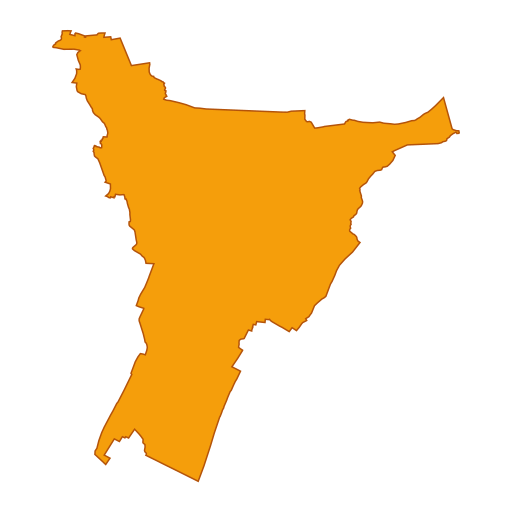 Valea Mare, Dâmbovita, Romania (Robinson projection)
{"feature_id": "2599482B24926147776787", "entity_name": "Valea Mare", "entity_type": "district", "adm_level": 2, "iso_a3": "ROU", "parent_name": "Romania", "parent_adm1": "Dâmbovita", "projection": "robinson", "projection_center": [25.228, 44.784], "detail": "fine", "context": "isolated", "style": "filled", "palette": "amber", "viewbox_px": 512, "rotation_deg": 0, "n_neighbors": 0, "source": "geoboundaries", "source_scale": "gbopen_adm2", "svg_char_len": 5929}
<svg xmlns="http://www.w3.org/2000/svg" viewBox="0 0 512 512"><path d="M443.5,97.6L435.5,105.7L431.5,109.3L428.0,112.2L425.2,113.4L423.5,114.4L420.0,117.3L417.2,118.9L415.7,120.0L414.4,120.5L411.7,120.7L405.6,122.5L398.3,124.0L394.5,124.3L390.7,123.8L383.7,123.2L379.7,122.1L372.7,122.8L363.0,122.3L357.8,121.4L354.4,120.3L352.8,120.2L349.4,119.3L347.8,120.2L348.1,120.7L347.9,120.9L346.1,121.5L345.6,122.0L344.5,124.0L324.3,126.5L323.5,126.8L317.2,127.9L314.7,128.1L311.2,122.2L309.4,121.4L307.6,121.8L306.5,121.5L304.8,119.2L304.9,115.0L304.6,114.0L304.8,110.6L291.2,111.2L287.3,112.2L281.5,112.1L206.2,109.0L199.9,108.2L194.7,107.9L186.1,104.7L179.0,102.7L170.1,100.6L166.5,100.2L163.7,99.2L164.1,98.1L164.7,97.5L166.8,96.3L166.6,95.9L166.1,95.7L166.0,94.5L165.5,94.1L165.3,93.6L165.4,92.9L165.9,91.9L165.8,91.4L165.9,90.8L164.7,90.4L164.6,90.1L164.8,89.4L165.3,88.7L165.5,88.0L165.3,87.3L164.9,86.9L164.5,86.7L164.2,86.2L164.1,85.2L163.8,84.8L163.8,84.1L164.5,83.5L164.5,83.1L163.6,82.8L162.9,81.7L161.5,81.5L161.3,81.0L161.0,80.8L157.8,79.3L157.1,79.1L154.3,77.7L153.9,77.2L153.7,76.4L152.1,76.2L151.0,75.4L149.9,73.8L149.2,71.9L149.1,68.1L149.8,64.4L149.6,62.8L131.4,65.6L120.1,38.1L111.3,39.7L110.7,36.8L103.9,37.3L104.2,35.6L105.0,33.0L104.7,33.0L101.4,33.0L98.7,33.2L98.1,33.5L96.9,34.9L85.8,35.9L85.6,37.2L84.5,37.1L84.6,35.9L78.6,33.7L75.6,33.0L75.0,33.6L74.9,35.7L69.8,34.4L70.4,32.4L71.1,30.9L67.9,30.7L62.4,30.9L62.1,32.1L62.2,34.0L61.1,36.7L61.5,38.1L61.3,39.3L60.4,40.2L58.3,41.0L55.9,42.7L55.5,43.2L55.7,43.8L55.6,44.0L54.0,44.9L53.3,45.8L52.8,46.9L53.3,47.4L56.2,47.7L63.7,49.3L74.1,49.2L79.3,50.1L80.3,50.7L79.6,51.1L77.8,52.6L76.8,54.7L78.3,60.3L80.3,65.0L80.4,67.5L80.2,69.2L78.7,69.4L76.2,69.0L76.6,70.3L76.7,71.7L76.6,73.8L74.9,78.3L72.1,82.5L76.8,83.1L76.3,86.7L77.1,90.7L77.7,91.7L81.2,93.7L85.3,94.6L85.9,95.9L86.3,98.1L87.3,100.8L89.6,104.4L91.6,107.8L92.3,108.5L92.6,110.7L93.4,112.6L95.2,114.7L98.7,117.1L100.1,118.4L102.5,121.8L104.0,123.0L104.8,124.2L105.8,126.7L106.6,127.7L106.8,129.0L107.3,130.1L107.8,132.6L107.7,133.7L107.1,135.6L107.2,136.6L107.0,137.0L103.3,136.8L103.0,137.5L103.0,138.3L102.3,138.9L102.4,139.3L102.3,139.8L101.3,140.1L101.1,140.3L100.9,140.6L101.2,141.5L100.9,141.7L100.2,141.6L100.4,143.5L101.0,143.6L101.6,144.4L101.8,145.8L101.6,147.7L100.8,147.9L99.5,147.5L99.0,147.0L98.2,147.0L96.1,146.5L96.1,146.1L94.7,145.5L94.4,145.6L94.3,146.5L94.0,146.7L93.8,147.4L93.2,148.4L93.6,149.1L93.8,150.2L93.2,151.3L94.0,152.4L94.2,154.5L94.5,156.0L95.5,157.0L97.9,158.8L99.7,162.8L104.1,175.4L105.1,177.0L106.2,180.9L105.1,182.2L110.4,184.0L110.5,188.6L110.0,190.7L109.3,192.3L108.4,193.7L105.7,196.0L107.2,196.5L108.9,197.6L109.7,197.8L110.5,197.8L110.7,196.8L114.0,197.8L114.1,196.7L114.9,196.8L115.5,194.3L119.9,194.9L123.5,194.6L124.0,194.7L124.8,197.0L125.0,198.9L125.2,199.1L126.2,199.1L126.6,200.5L127.0,201.2L127.4,203.5L128.6,207.6L129.3,209.0L129.9,212.4L129.9,214.7L130.5,219.9L130.3,221.5L129.1,221.8L129.0,223.2L129.1,225.0L129.7,226.1L134.2,229.8L134.4,230.2L135.0,231.9L136.2,239.8L136.8,242.5L136.8,243.2L136.5,244.2L136.0,244.8L133.0,247.4L132.5,248.2L132.5,248.9L134.4,250.6L140.5,254.1L142.2,256.1L144.1,257.5L144.8,258.9L145.4,260.2L146.0,263.3L153.9,263.7L149.0,276.8L148.9,277.3L146.4,283.5L144.7,287.5L140.7,294.1L138.8,298.0L138.1,300.7L136.3,305.6L139.1,306.8L143.8,308.3L143.8,308.8L140.0,316.8L139.2,318.7L139.1,320.2L139.4,321.8L139.6,322.1L143.2,333.5L144.6,339.2L145.1,342.0L146.0,342.9L146.6,344.0L147.1,345.8L147.3,347.7L146.8,350.3L145.3,354.8L143.1,354.1L140.4,353.6L138.0,356.8L135.3,361.7L131.0,373.3L131.8,374.4L124.0,390.4L118.0,402.0L116.8,403.4L112.8,411.2L110.8,414.7L104.2,427.2L101.7,432.7L98.9,440.5L96.9,448.3L95.1,451.0L94.9,454.4L105.7,464.5L110.0,458.2L104.2,455.1L114.3,438.9L119.4,441.5L122.4,436.7L124.9,437.9L125.7,436.7L128.6,438.0L134.6,429.2L138.8,433.7L140.8,436.1L143.1,439.3L142.9,442.3L143.1,442.9L143.3,443.2L144.9,444.5L145.1,447.0L144.5,450.4L144.7,451.2L145.1,452.0L146.2,453.1L146.4,453.7L146.2,454.8L145.9,455.3L198.2,481.3L203.9,466.0L210.5,445.7L214.3,433.0L219.7,417.0L220.1,416.5L221.5,413.0L222.5,410.0L223.7,407.9L223.9,406.7L226.6,400.4L227.6,397.6L230.1,391.7L231.3,390.2L233.8,384.5L235.3,381.4L236.8,379.0L240.5,371.2L231.9,366.8L237.7,358.3L242.6,350.4L242.6,350.2L240.3,348.7L238.6,347.4L238.7,346.3L239.1,344.3L239.0,342.3L239.2,340.5L239.6,340.0L241.0,339.1L243.8,338.7L244.2,338.4L248.4,330.0L251.7,331.0L251.8,329.9L252.8,327.2L252.5,327.1L253.3,324.4L255.8,324.9L256.7,321.6L265.0,322.5L265.3,319.3L268.7,319.6L269.6,319.3L270.4,320.5L272.2,321.8L279.6,326.1L282.2,327.4L289.2,331.6L292.1,327.7L296.5,330.6L299.3,327.2L301.7,323.7L302.7,322.6L306.7,320.5L305.7,318.7L308.9,316.7L310.3,314.6L311.5,313.1L314.5,305.7L317.4,302.9L321.8,299.1L324.4,297.6L325.9,296.3L330.4,284.2L332.0,281.5L334.7,275.6L336.6,270.5L339.5,265.2L345.1,258.9L352.5,252.1L360.0,242.5L357.9,241.0L357.1,239.3L356.7,237.2L356.1,236.3L354.3,234.5L353.2,234.1L349.7,231.2L349.6,229.9L350.0,228.9L350.6,228.4L350.5,227.6L350.2,226.9L350.2,226.1L350.4,225.2L351.0,224.6L351.1,224.1L350.7,223.6L351.1,221.5L350.6,220.5L350.1,219.9L350.2,219.6L351.2,218.4L353.5,216.9L354.0,215.6L355.3,214.8L356.4,213.7L356.7,213.0L357.0,211.1L357.4,209.9L358.2,208.7L360.8,206.4L361.7,204.9L362.5,203.0L362.6,201.5L362.3,200.4L361.3,197.6L361.4,196.0L359.7,190.6L360.0,190.2L360.0,189.7L359.6,188.3L360.8,186.8L363.6,184.5L366.0,183.0L366.9,181.9L368.5,178.8L371.0,175.8L372.6,174.2L374.8,171.4L377.2,170.5L380.3,170.2L381.6,169.7L382.2,168.2L383.0,167.1L385.0,166.9L387.2,166.3L389.6,164.2L392.9,160.4L395.2,155.4L392.3,151.8L394.8,150.5L407.4,144.9L438.1,143.6L441.2,142.8L442.0,142.4L442.6,141.8L445.3,141.2L446.5,140.6L447.0,138.7L449.4,137.1L450.4,135.6L453.0,133.7L455.7,132.3L456.5,132.7L456.9,133.5L458.9,133.3L459.2,132.7L458.8,130.8L456.4,130.7L453.1,129.6L452.1,128.8L443.5,97.6Z" fill="#f59e0b" stroke="#b45309" stroke-width="1.5"/></svg>